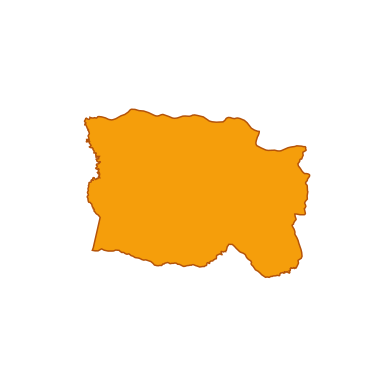 outline of Marara, Tete, Mozambique, rotated 314°
{"feature_id": "85939544B55684561557182", "entity_name": "Marara", "entity_type": "district", "adm_level": 2, "iso_a3": "MOZ", "parent_name": "Mozambique", "parent_adm1": "Tete", "projection": "equal_earth", "projection_center": [33.163, -16.054], "detail": "fine", "context": "isolated", "style": "filled", "palette": "amber", "viewbox_px": 384, "rotation_deg": 314, "n_neighbors": 0, "source": "geoboundaries", "source_scale": "gbopen_adm2", "svg_char_len": 6053}
<svg xmlns="http://www.w3.org/2000/svg" viewBox="0 0 384 384"><g transform="rotate(314 192 192)"><path d="M80.8,160.8L82.3,163.1L84.4,165.3L88.2,166.4L88.6,167.4L89.1,169.2L91.2,172.6L94.4,175.9L95.2,176.6L97.2,177.4L99.4,180.1L99.4,181.6L99.7,183.4L101.1,184.9L101.3,186.6L101.8,188.0L102.6,188.9L103.4,189.3L103.7,189.7L103.8,190.8L103.9,191.1L103.9,192.3L104.8,194.1L105.3,196.6L107.4,199.5L108.1,201.1L108.6,202.9L109.5,204.6L111.0,205.8L111.3,206.3L113.4,210.7L113.6,213.5L113.4,215.2L113.4,215.8L114.7,218.0L115.7,219.1L116.5,219.6L118.1,221.2L120.1,221.1L120.6,221.8L122.0,222.0L124.3,223.4L124.8,224.3L125.1,225.7L125.5,226.3L126.5,226.9L128.0,228.4L128.8,228.8L129.7,229.9L130.0,230.6L130.0,231.7L131.3,233.4L132.5,237.5L133.0,237.8L133.4,238.4L135.5,239.5L137.1,240.9L138.1,241.4L138.7,242.3L139.7,242.6L140.4,243.1L140.8,243.7L141.7,246.0L142.2,246.9L143.4,249.6L146.0,251.6L146.9,252.6L148.4,252.8L148.9,253.3L149.6,253.3L151.2,252.2L151.9,252.3L152.5,252.8L152.4,253.8L152.8,254.2L153.9,253.5L154.6,253.4L155.4,253.6L156.9,254.8L158.2,254.6L159.0,255.1L159.9,255.1L160.9,255.8L161.5,255.4L163.1,254.0L163.9,253.9L166.7,255.0L167.2,255.6L167.3,256.4L167.6,256.3L167.9,256.8L168.4,255.5L169.1,254.6L169.6,254.4L169.8,254.6L170.6,256.2L171.4,256.4L172.5,257.6L172.9,257.1L173.8,257.3L177.2,255.3L178.5,255.2L179.9,254.8L182.3,257.4L182.4,260.4L182.2,262.8L182.2,267.7L182.6,269.2L183.4,270.9L183.9,272.8L183.9,274.0L183.0,276.3L182.7,278.2L182.8,279.8L183.2,281.7L183.2,282.5L182.7,283.7L181.6,284.2L181.2,284.7L181.0,285.8L181.0,287.5L180.1,291.7L180.9,294.6L181.0,297.3L180.9,299.6L181.7,304.1L183.1,305.1L184.2,306.8L186.1,307.4L186.9,308.3L188.0,308.7L190.1,310.6L190.9,310.9L191.5,311.5L192.4,312.9L192.9,313.0L194.4,312.1L195.3,312.1L197.3,313.4L197.2,314.0L197.4,314.4L197.9,314.5L198.2,314.9L198.4,314.9L199.0,314.1L200.0,315.6L200.6,315.6L200.8,315.8L200.8,317.0L201.3,318.3L201.6,318.3L202.0,317.8L202.4,317.9L202.7,316.7L203.9,317.1L204.5,316.7L204.9,316.0L205.2,315.9L205.8,316.2L206.1,315.9L206.5,316.2L206.7,316.9L207.4,317.7L208.0,317.6L208.3,317.7L208.5,318.2L208.4,318.9L208.9,318.9L209.3,319.5L209.7,319.1L210.3,319.5L214.4,318.2L215.1,317.7L216.2,316.0L216.6,315.8L220.2,316.6L222.2,315.8L224.7,312.9L226.3,310.4L229.4,304.3L230.7,302.2L232.0,299.1L233.0,295.5L233.4,294.9L234.1,294.5L235.1,293.3L236.2,291.1L236.9,288.5L237.5,287.2L238.0,287.0L239.4,287.3L240.2,286.7L242.1,286.2L244.4,286.0L244.8,285.7L246.0,283.3L247.5,281.3L248.7,282.4L250.7,285.5L253.6,288.5L254.3,288.8L255.4,288.4L258.0,284.4L259.2,284.4L260.7,283.9L261.4,282.9L262.2,280.8L262.6,280.5L264.5,280.0L267.0,279.9L269.2,277.5L272.7,275.1L273.0,274.3L276.5,270.6L276.9,269.4L276.9,268.2L277.4,267.4L278.1,267.1L280.2,267.0L281.7,266.1L284.6,265.7L285.3,265.4L285.9,264.8L286.0,264.2L285.6,262.8L284.5,261.2L283.5,260.3L283.3,258.6L283.4,256.8L284.3,253.1L284.6,250.6L285.8,248.6L288.7,248.2L290.4,247.1L291.2,247.2L291.7,247.9L292.2,247.9L294.0,247.0L295.6,246.5L297.0,244.6L297.7,244.2L301.1,245.1L301.5,244.8L302.3,243.4L303.1,242.8L303.2,241.9L302.0,240.6L301.1,239.0L298.0,235.3L296.1,234.3L292.9,231.8L290.5,230.3L283.5,227.4L282.1,226.3L281.0,225.0L279.5,222.4L274.8,217.9L273.5,216.0L271.8,211.3L270.4,206.6L270.6,205.5L271.1,204.5L272.1,203.5L273.9,202.4L277.1,200.8L278.9,200.3L281.2,199.2L282.3,198.3L281.3,197.0L279.9,193.9L279.1,190.4L280.1,183.5L279.9,179.9L278.2,175.5L277.0,173.5L276.0,172.6L274.4,171.7L273.2,170.1L272.1,167.8L270.8,166.3L269.5,165.7L268.6,165.5L266.5,165.9L264.0,165.6L259.1,161.0L256.5,157.7L255.1,155.2L253.9,148.0L251.0,143.0L249.3,140.4L247.8,139.1L246.2,138.5L244.6,137.5L241.9,134.3L240.2,132.7L235.0,130.0L233.0,128.4L231.7,126.7L230.2,122.8L227.6,117.2L226.2,116.2L224.0,115.3L222.8,114.5L221.7,113.3L221.0,111.8L218.9,105.6L216.7,101.0L213.7,97.3L211.8,93.6L209.4,90.9L208.3,90.5L205.2,90.6L201.1,89.8L197.5,88.0L191.8,86.3L189.1,84.9L187.8,83.9L186.3,81.6L185.2,78.3L183.4,75.0L181.6,72.6L180.8,72.0L179.1,72.0L178.7,71.8L177.7,70.2L177.1,70.0L175.7,68.6L174.8,66.7L174.2,67.3L173.5,67.5L173.0,67.5L172.5,67.2L172.1,66.7L171.7,64.7L171.0,64.5L170.1,65.0L168.4,65.4L168.0,65.9L168.0,67.6L167.4,67.9L166.5,67.7L166.1,68.0L165.9,68.2L166.6,68.7L165.9,70.7L165.0,72.7L164.9,73.8L164.8,74.1L164.3,74.0L164.2,74.2L164.1,75.1L163.0,77.3L162.2,77.8L160.3,78.2L160.0,78.5L159.7,79.5L158.1,81.6L157.7,81.7L157.7,81.0L157.1,80.1L156.7,79.8L156.5,80.5L155.9,80.5L154.8,81.1L154.8,81.4L155.1,81.7L156.1,81.4L156.2,82.5L157.3,82.9L157.3,83.2L156.4,83.6L155.9,84.2L155.6,86.4L155.2,87.2L153.2,86.9L153.2,87.6L154.0,89.0L154.6,89.5L154.6,90.0L154.5,90.6L153.9,91.1L153.7,91.6L153.7,92.4L153.4,93.2L152.0,94.3L152.1,94.6L153.3,95.5L153.4,95.8L153.3,96.2L152.5,96.4L151.5,97.4L151.6,98.4L150.7,98.3L150.4,98.5L150.5,98.9L150.8,99.2L151.5,99.1L151.9,99.2L153.3,100.7L152.8,100.9L151.7,100.3L151.4,100.8L151.2,101.7L151.0,101.8L149.3,100.2L148.9,100.4L148.9,101.2L148.2,102.0L148.4,102.9L148.4,103.8L148.7,104.2L149.7,104.5L150.0,105.0L149.9,105.2L147.7,105.2L147.1,105.0L146.2,104.2L145.4,104.2L144.9,104.6L144.9,105.7L144.7,106.0L143.9,106.3L142.3,106.2L142.1,106.8L142.8,108.9L143.0,108.9L143.2,108.4L143.5,108.3L143.8,108.5L143.8,109.0L143.6,109.4L142.5,109.7L141.9,110.6L140.5,110.4L140.6,110.8L141.4,111.9L141.3,112.2L140.6,111.6L140.0,111.6L140.2,113.7L139.2,113.9L138.6,113.8L138.4,113.9L138.7,114.7L138.2,115.7L137.6,114.9L137.2,114.7L136.6,114.9L136.1,114.3L135.4,114.5L135.1,114.1L134.2,114.1L133.9,112.7L134.3,111.7L134.1,111.3L133.1,111.0L132.0,111.8L131.7,112.6L131.4,112.3L131.2,111.5L130.8,111.3L130.2,111.4L129.6,112.2L129.0,112.4L127.5,111.5L127.1,111.5L125.6,112.8L124.8,112.9L124.0,114.0L122.2,114.8L120.9,116.5L119.2,117.0L118.8,117.5L118.3,118.9L117.8,119.6L116.2,119.7L115.6,120.1L115.0,121.9L114.3,122.4L113.1,124.2L113.0,125.0L113.8,126.1L113.5,127.2L113.7,128.0L112.1,130.7L112.1,131.8L111.3,132.5L111.4,132.9L111.6,133.1L111.6,133.7L110.8,134.2L110.2,135.0L110.2,136.4L109.9,137.6L109.9,138.6L110.3,140.7L109.9,143.6L83.3,159.7L80.8,160.8Z" fill="#f59e0b" stroke="#b45309" stroke-width="1.5"/></g></svg>